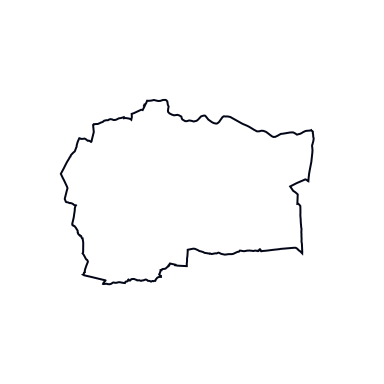 the district of Todiresti, Suceava, Romania, rotated 332°
{"feature_id": "2599482B78954839759131", "entity_name": "Todiresti", "entity_type": "district", "adm_level": 2, "iso_a3": "ROU", "parent_name": "Romania", "parent_adm1": "Suceava", "projection": "albers", "projection_center": [26.059, 47.693], "detail": "fine", "context": "isolated", "style": "outline", "palette": "ink", "viewbox_px": 384, "rotation_deg": 332, "n_neighbors": 0, "source": "geoboundaries", "source_scale": "gbopen_adm2", "svg_char_len": 5891}
<svg xmlns="http://www.w3.org/2000/svg" viewBox="0 0 384 384"><g transform="rotate(332 192 192)"><path d="M260.5,297.9L261.3,296.5L263.4,292.1L264.7,289.4L265.1,288.2L265.5,287.0L266.6,285.2L268.0,282.2L268.5,281.3L269.2,279.9L269.6,278.9L270.0,278.3L271.4,275.9L271.9,274.3L272.8,272.3L273.2,271.2L275.6,266.1L276.2,264.6L277.1,262.7L277.7,261.8L280.2,257.0L281.1,255.1L280.8,253.9L280.4,252.4L280.1,252.3L279.9,252.2L279.4,252.0L284.2,243.8L284.1,243.5L284.1,243.3L283.0,240.5L282.3,239.2L282.0,238.9L281.8,237.7L281.3,233.2L288.5,233.3L297.2,234.0L297.9,234.0L298.5,234.7L298.9,235.1L299.4,236.5L299.8,237.1L301.8,234.0L303.8,231.1L305.4,229.0L311.6,221.3L316.7,213.8L318.1,211.5L319.5,208.1L319.8,207.4L320.2,206.9L320.6,206.6L323.2,203.8L324.6,201.8L324.9,200.4L326.0,197.9L326.3,196.7L326.5,196.3L326.8,196.0L327.0,195.6L327.0,195.3L326.8,194.6L326.3,194.0L326.3,193.3L325.6,193.3L325.3,193.2L324.2,192.8L323.1,192.3L321.4,191.6L320.5,191.4L318.1,191.3L316.9,191.4L315.0,191.4L311.6,190.6L310.4,188.4L309.2,186.8L306.6,185.5L300.2,183.4L297.6,182.4L294.4,182.5L291.4,182.4L289.7,181.6L288.7,180.3L285.7,173.8L283.8,171.6L282.1,170.5L279.6,169.9L277.8,168.9L276.0,166.2L273.1,161.3L271.6,159.2L269.4,156.5L268.4,155.2L262.4,145.9L261.0,143.7L258.9,142.0L256.6,140.8L255.7,140.1L254.1,140.2L248.7,142.9L246.7,143.3L245.5,143.0L243.8,141.6L242.5,139.9L240.4,135.7L240.1,133.9L239.5,130.9L238.7,130.2L237.2,129.8L235.5,129.5L231.5,130.9L229.6,131.3L226.7,130.6L224.7,128.7L223.1,127.5L220.6,127.0L219.2,126.2L217.5,123.3L217.6,121.8L218.0,120.4L216.7,118.4L215.3,117.0L212.2,115.9L210.7,114.4L209.0,112.0L208.5,110.0L209.1,108.6L211.5,105.5L211.6,103.7L212.7,100.5L212.4,99.0L211.9,98.3L209.6,97.1L206.9,96.7L205.1,95.9L203.8,94.9L201.6,92.9L199.0,92.2L196.4,91.1L195.2,90.3L193.5,91.8L191.8,92.9L191.2,92.4L190.0,93.3L190.4,94.0L186.9,96.5L186.2,95.8L185.5,95.5L177.7,95.1L175.4,94.7L174.2,97.4L173.7,98.0L172.3,99.7L171.9,98.8L171.0,97.7L169.6,96.6L167.9,95.4L167.1,95.1L166.5,94.9L166.9,93.9L164.2,93.4L162.0,92.6L159.8,92.6L158.3,92.4L156.5,91.6L155.8,90.7L155.2,90.1L154.2,89.4L153.6,89.2L153.0,89.1L151.7,89.2L151.3,89.1L150.3,88.5L147.9,87.8L146.2,88.2L145.0,88.1L144.2,87.9L142.9,87.9L142.2,87.8L141.2,87.8L140.7,87.7L139.3,87.0L137.3,86.1L137.2,86.4L136.4,86.6L136.1,86.5L133.4,93.0L127.7,99.3L127.2,100.0L126.8,100.3L126.4,100.4L125.7,99.1L125.2,98.4L124.9,98.1L124.4,98.1L124.2,98.0L123.8,97.4L123.0,95.5L122.2,94.4L120.5,93.8L119.1,93.1L118.8,92.9L118.3,92.1L117.9,91.7L117.7,91.6L114.8,93.9L112.4,96.3L112.1,96.7L111.6,97.5L111.3,97.9L110.3,98.7L107.8,100.9L107.5,101.1L105.3,101.6L102.2,102.7L101.3,103.7L100.8,103.8L100.2,104.0L99.3,104.7L95.9,106.7L92.7,108.9L90.2,110.7L84.7,114.4L84.6,117.4L84.5,118.4L84.5,121.4L84.2,127.7L84.0,129.6L83.8,130.2L83.6,130.5L82.4,131.7L76.6,138.1L76.3,138.7L76.2,140.3L76.1,140.8L76.0,141.3L76.1,141.5L76.2,141.8L76.4,141.9L76.9,142.5L77.4,142.7L77.7,143.0L78.4,144.0L78.8,144.4L79.4,144.6L80.4,145.5L81.3,146.7L81.4,147.2L82.0,148.4L82.6,148.9L83.2,149.1L83.3,149.3L83.1,149.4L82.8,149.5L82.5,149.6L80.8,151.5L80.4,152.1L80.2,152.7L75.5,159.1L71.3,163.9L71.3,164.3L70.9,164.8L71.0,165.5L71.6,166.0L71.8,166.3L71.8,166.6L72.3,167.1L72.4,167.9L72.7,169.2L72.6,169.7L72.6,170.0L72.8,170.4L72.7,171.1L72.9,172.2L72.7,172.9L72.1,173.9L72.2,174.5L71.9,174.9L72.0,175.5L71.9,175.7L72.0,176.2L72.1,176.5L72.2,177.0L72.3,177.2L72.6,177.3L72.6,177.6L72.8,177.9L72.8,178.1L72.7,178.2L72.8,178.3L73.3,178.7L73.4,178.9L73.4,179.3L73.2,179.7L73.1,181.3L73.3,181.6L73.6,181.7L72.4,185.1L71.9,186.2L67.8,193.7L67.5,194.2L67.1,194.5L66.6,194.8L66.7,195.4L66.8,196.1L66.9,197.1L66.9,201.1L67.0,201.9L67.5,202.7L67.5,204.2L67.4,204.6L66.7,205.3L64.3,207.3L61.3,210.1L60.7,210.8L60.2,211.5L59.8,212.5L58.9,212.5L58.6,212.7L58.4,213.1L58.0,213.5L57.3,213.8L57.0,213.8L57.6,214.8L58.9,216.0L63.3,219.8L74.1,229.4L74.1,229.5L71.2,230.7L70.6,231.1L70.3,231.4L70.5,231.6L70.8,231.8L71.9,232.2L72.5,232.5L73.1,232.7L73.6,233.0L74.4,233.8L75.8,234.7L76.6,234.9L77.7,235.1L79.4,234.9L79.8,234.9L80.7,235.4L81.5,236.1L82.3,236.5L83.1,236.8L84.8,237.2L85.8,237.7L86.8,238.5L88.4,239.8L90.0,240.9L90.6,240.4L91.1,240.1L92.0,240.1L92.3,240.4L92.8,240.5L94.1,240.3L94.3,240.1L94.5,239.5L94.9,239.5L95.3,240.8L95.7,241.1L96.5,240.9L97.5,240.5L98.2,240.7L99.5,241.3L100.2,241.8L101.0,242.8L102.0,243.8L102.1,244.3L104.2,245.3L104.8,246.1L105.5,246.6L105.9,246.6L106.5,246.7L107.0,247.0L107.8,247.2L109.9,247.5L110.2,247.7L110.6,248.1L111.0,248.7L111.3,249.6L111.5,249.8L112.8,250.6L113.8,251.9L115.3,252.0L116.2,252.7L117.3,252.8L117.9,253.2L119.1,252.2L121.4,251.3L123.4,251.6L124.7,252.4L125.2,251.5L124.7,250.8L124.5,250.3L124.3,249.4L125.6,248.4L126.4,247.7L127.4,246.5L127.6,246.2L128.4,246.8L129.0,246.3L129.7,246.2L130.3,246.4L131.8,247.0L132.7,247.2L135.1,246.6L136.3,246.5L136.3,246.1L136.8,245.8L137.5,246.0L137.8,245.8L137.6,245.6L137.8,245.4L139.0,244.8L143.2,248.4L142.8,248.8L144.8,250.3L146.4,251.3L152.6,255.0L153.8,252.7L155.1,250.8L156.4,248.4L157.8,246.5L159.8,243.3L161.1,241.0L166.1,242.5L167.0,242.9L167.7,243.4L168.1,243.8L169.6,245.7L170.5,247.0L170.8,247.6L172.1,248.7L173.6,250.2L174.0,250.8L174.4,251.5L178.1,254.3L178.6,254.5L178.7,254.8L179.0,254.7L180.2,256.0L183.8,257.1L184.9,257.8L186.7,257.9L187.2,258.2L188.9,260.5L191.7,262.8L195.0,264.0L198.1,265.6L199.6,266.0L204.0,266.2L205.4,266.7L206.8,266.2L210.1,268.7L213.5,269.8L215.3,270.7L218.7,273.0L219.4,273.2L219.8,273.2L220.8,273.7L221.4,274.3L221.9,274.4L222.1,274.5L222.4,275.1L222.8,275.3L223.0,275.3L223.6,274.8L224.1,275.0L224.6,274.9L224.7,274.5L224.8,274.4L225.1,274.4L225.2,274.5L225.2,275.0L225.4,275.8L225.2,276.3L225.2,276.7L225.3,276.8L227.0,277.4L230.8,279.0L236.1,281.0L242.6,283.6L243.2,283.7L253.7,288.2L256.5,289.4L257.5,290.1L258.4,291.7L258.5,292.5L258.7,293.0L259.0,293.9L259.5,294.7L259.8,295.5L260.5,297.9Z" fill="none" stroke="#020617" stroke-width="2"/></g></svg>